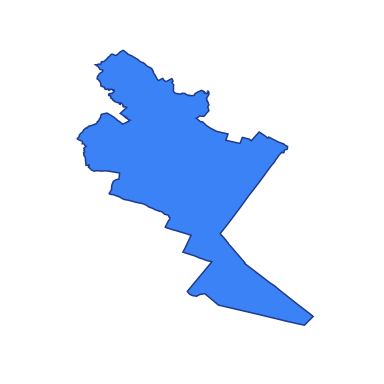 Grebanu, Buzau, Romania, rotated 349°
{"feature_id": "2599482B43231848905676", "entity_name": "Grebanu", "entity_type": "district", "adm_level": 2, "iso_a3": "ROU", "parent_name": "Romania", "parent_adm1": "Buzau", "projection": "natural_earth1", "projection_center": [26.952, 45.364], "detail": "fine", "context": "isolated", "style": "filled", "palette": "blue", "viewbox_px": 384, "rotation_deg": 349, "n_neighbors": 0, "source": "geoboundaries", "source_scale": "gbopen_adm2", "svg_char_len": 5811}
<svg xmlns="http://www.w3.org/2000/svg" viewBox="0 0 384 384"><g transform="rotate(349 192 192)"><path d="M287.2,337.3L285.5,335.2L274.1,322.3L258.8,304.5L255.0,299.7L252.2,297.1L248.6,293.1L229.9,272.0L230.4,271.5L223.5,259.5L220.1,253.5L218.2,250.4L217.8,249.6L217.7,248.7L217.3,248.4L216.3,246.2L214.1,242.3L211.7,238.3L222.9,228.6L236.4,216.4L247.4,206.1L259.3,195.7L274.3,181.8L277.8,179.0L279.5,177.4L279.7,177.0L284.9,172.1L287.9,170.1L288.0,170.5L289.1,171.0L289.3,171.0L289.7,170.8L290.0,170.5L290.2,169.9L290.2,169.1L290.7,168.4L293.5,168.2L293.9,167.7L294.1,167.1L294.3,165.8L294.5,165.6L291.0,162.6L291.2,162.3L290.8,162.0L290.7,162.1L290.2,161.8L289.8,161.5L287.5,160.1L287.1,160.0L279.7,154.2L277.8,152.7L277.0,153.5L276.7,153.6L273.9,150.3L269.4,145.9L259.9,153.0L258.9,151.6L258.1,150.9L251.8,148.0L248.4,153.5L235.1,147.7L238.4,141.9L228.9,137.7L227.4,136.9L222.2,132.8L218.8,129.4L216.2,125.7L215.4,125.0L213.9,124.7L210.2,120.4L212.0,119.9L213.3,119.1L214.0,118.9L217.4,119.9L218.1,119.9L219.2,119.4L219.3,119.2L220.1,118.4L224.1,115.4L223.8,112.0L223.6,111.3L225.0,110.2L225.2,109.7L224.6,105.9L224.0,105.7L224.2,105.3L224.3,104.1L224.2,102.7L226.4,100.4L226.8,99.7L227.3,99.3L227.6,97.0L227.1,96.3L227.0,96.8L226.7,97.0L226.1,96.9L226.2,97.5L226.0,98.1L225.6,98.3L224.9,98.1L223.7,97.6L223.7,97.2L223.2,97.2L223.4,96.9L223.2,96.8L223.2,96.5L223.4,96.4L223.3,96.1L222.8,96.0L222.9,95.8L222.5,95.6L222.6,95.4L222.0,94.9L221.7,94.5L220.2,94.0L219.2,94.5L217.3,94.7L217.3,94.9L213.7,96.0L213.3,96.4L212.8,97.4L212.4,97.6L210.3,97.4L209.1,97.0L208.5,97.1L207.6,96.7L207.5,96.4L207.3,96.6L206.7,96.5L204.9,95.1L203.9,93.9L201.7,93.4L201.1,93.1L199.8,93.6L199.7,93.9L199.3,93.8L194.3,91.8L192.9,89.5L193.7,86.6L193.9,84.6L194.5,83.8L194.5,83.5L193.1,80.4L194.5,79.7L194.4,78.4L193.8,76.9L192.8,77.1L188.2,78.6L186.4,77.8L185.9,77.1L185.0,74.9L183.2,75.3L181.3,76.0L180.9,76.2L180.2,76.2L178.9,73.5L178.7,72.4L178.5,72.0L177.9,69.7L177.2,68.5L176.8,66.6L177.0,66.4L177.0,66.2L176.1,63.5L175.8,62.8L172.6,60.5L171.0,58.7L170.5,57.7L168.8,55.7L167.7,55.3L166.2,54.2L163.6,51.0L162.5,50.2L160.5,48.4L160.0,48.0L159.1,47.0L156.3,45.2L155.7,44.7L154.5,43.0L153.3,41.8L152.1,40.2L151.2,39.8L148.4,40.7L146.2,42.0L145.9,42.3L145.1,42.6L143.7,43.5L142.2,43.0L141.7,42.5L140.5,41.7L139.4,41.4L138.7,41.6L137.4,42.8L135.9,43.5L134.4,44.5L133.7,45.3L131.8,46.2L131.5,46.7L130.8,47.0L129.5,47.1L128.7,47.0L128.5,46.8L127.5,47.3L127.5,48.1L127.2,49.0L124.9,48.8L124.5,48.6L123.5,48.9L121.5,48.7L122.4,49.7L123.6,50.6L124.7,52.9L124.7,53.5L125.2,54.2L125.5,54.4L127.5,55.0L127.7,55.7L127.6,56.1L127.0,56.8L126.5,57.1L124.8,57.6L123.3,58.6L122.7,59.4L121.3,60.5L120.4,62.8L121.2,63.6L122.0,64.7L122.2,65.3L122.7,65.7L123.2,68.7L122.8,69.9L123.0,70.8L126.0,72.5L126.1,72.8L125.9,74.1L126.9,74.8L127.6,75.1L129.0,74.7L130.1,75.2L129.6,76.0L129.9,76.2L130.0,76.3L130.9,75.8L131.5,76.0L131.8,75.7L132.2,75.6L133.4,76.3L134.2,76.5L134.7,76.8L133.9,77.4L134.9,78.1L134.4,78.5L134.2,79.0L133.6,79.2L132.3,80.2L132.1,80.1L132.0,79.7L131.4,79.7L130.6,80.0L130.1,79.7L129.7,79.7L129.2,79.9L128.9,80.1L128.9,80.5L128.7,80.6L128.6,81.1L128.7,81.4L129.1,81.6L129.6,81.3L130.3,82.1L130.2,82.8L130.6,83.3L130.2,84.1L130.4,84.6L131.4,85.2L131.6,85.6L131.6,86.0L131.7,86.5L133.2,87.5L133.0,88.2L135.8,90.0L135.9,89.9L136.5,90.0L137.2,90.4L137.6,91.9L138.3,92.3L138.8,90.8L139.9,91.7L140.3,92.3L140.7,93.1L140.6,94.1L141.0,95.0L140.8,95.1L140.9,95.4L141.4,95.6L142.1,95.2L143.4,96.1L144.1,96.4L143.8,96.8L142.0,97.8L136.5,101.2L138.3,102.9L139.8,104.7L140.1,104.6L140.6,104.9L141.4,105.8L140.8,106.1L141.5,106.8L142.4,107.1L142.1,107.4L143.8,109.1L144.7,109.6L144.0,109.7L143.6,110.1L143.5,110.6L143.3,110.8L143.0,110.5L139.8,111.5L136.5,112.2L136.1,111.1L135.3,110.4L134.0,108.7L132.5,107.5L132.1,106.7L129.3,103.4L127.1,101.3L123.6,98.3L119.6,98.4L117.7,98.5L116.5,101.3L115.6,102.2L115.1,102.6L114.7,103.4L113.7,104.4L113.2,104.7L112.5,104.8L112.3,105.4L112.0,106.0L111.2,106.6L105.9,107.6L103.1,107.7L102.2,108.3L101.7,109.1L101.1,109.1L100.8,108.7L97.7,110.2L96.1,112.2L94.5,112.9L92.7,114.3L92.1,115.0L92.1,115.8L91.9,116.1L90.8,116.7L89.5,117.9L90.5,119.0L91.1,119.4L91.7,119.7L93.6,121.0L93.9,121.5L94.0,122.6L94.0,123.2L93.5,123.6L94.9,124.1L95.5,125.1L95.7,125.6L96.3,126.5L96.9,126.9L96.0,127.4L94.5,128.1L94.1,128.6L94.5,130.0L93.9,130.6L94.4,132.0L93.9,132.5L93.2,132.5L93.1,133.1L93.0,134.0L93.2,134.8L93.0,135.0L92.9,135.7L93.6,136.7L93.8,138.6L93.5,140.6L93.1,145.7L95.5,145.9L96.1,145.7L96.2,146.2L95.9,146.5L95.8,147.0L95.2,147.4L95.1,148.1L95.9,148.8L96.7,149.7L97.3,151.0L99.8,152.9L102.2,152.8L102.6,153.1L103.4,153.0L105.6,153.8L107.9,154.3L110.0,154.5L111.0,154.7L114.0,155.6L124.5,159.5L122.8,165.4L121.5,165.3L119.9,165.4L117.0,166.4L116.7,166.7L114.9,169.5L114.4,170.5L114.1,171.6L113.5,173.9L113.3,174.5L110.4,177.6L110.6,178.1L111.7,178.6L111.6,178.8L114.7,179.8L115.7,180.5L116.3,180.8L117.4,181.6L120.2,183.2L122.7,185.5L123.9,186.3L124.7,186.8L125.3,186.9L127.4,187.7L131.7,189.7L134.7,191.3L141.3,194.0L142.7,194.8L144.3,196.0L145.8,197.5L147.2,198.8L149.3,199.9L152.7,202.5L155.4,204.0L155.5,204.2L156.8,204.9L157.5,205.1L158.2,205.5L159.1,206.2L160.8,208.6L161.4,208.8L162.6,209.5L164.3,210.1L164.6,211.4L164.6,212.1L165.5,213.0L165.4,213.7L164.4,215.0L163.9,215.2L163.4,215.7L162.0,217.6L159.1,221.2L159.0,221.4L159.2,221.7L162.2,223.3L164.4,224.6L176.1,230.6L182.8,234.3L175.6,244.3L171.6,249.3L178.1,252.9L182.1,255.0L188.0,259.0L188.9,259.3L191.7,261.1L192.9,261.7L193.5,262.2L197.0,263.7L198.1,264.0L198.3,264.2L168.4,288.7L169.3,290.5L170.3,291.9L171.3,292.8L173.2,294.0L175.4,294.7L176.4,295.2L176.6,295.2L176.8,295.0L177.8,294.8L180.2,294.1L184.7,294.2L185.5,294.6L196.4,308.1L236.2,325.9L262.3,337.9L276.9,344.2L287.2,337.3Z" fill="#3b82f6" stroke="#1e3a8a" stroke-width="1.5"/></g></svg>